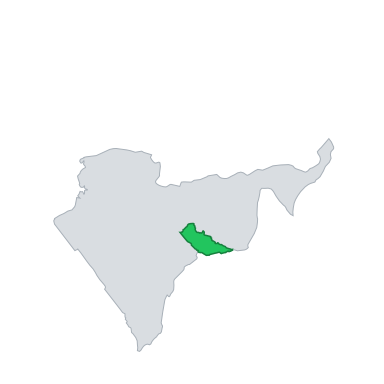 location of Mbere, Adamaoua, Cameroon, rotated 52°
{"feature_id": "32672807B16068661668461", "entity_name": "Mbere", "entity_type": "district", "adm_level": 2, "iso_a3": "CMR", "parent_name": "Cameroon", "parent_adm1": "Adamaoua", "projection": "albers", "projection_center": [14.525, 6.605], "detail": "fine", "context": "in_parent", "style": "filled", "palette": "green", "viewbox_px": 384, "rotation_deg": 52, "n_neighbors": 0, "source": "geoboundaries", "source_scale": "gbopen_adm2", "svg_char_len": 5981}
<svg xmlns="http://www.w3.org/2000/svg" viewBox="0 0 384 384"><g transform="rotate(52 192 192)"><path d="M98.2,255.9L99.0,254.0L104.4,245.0L107.8,230.6L109.4,227.3L111.0,225.0L118.8,217.4L121.7,215.0L125.8,212.2L128.8,206.6L129.9,206.1L131.2,205.6L137.8,200.9L138.4,201.8L138.8,203.0L139.3,203.5L141.5,203.9L144.4,203.9L146.1,203.5L147.0,202.6L148.0,199.9L148.5,199.5L149.2,199.3L152.4,201.2L157.7,206.5L159.0,207.4L159.6,208.4L160.7,213.2L161.4,214.4L162.5,214.9L164.6,214.6L166.7,213.7L168.6,212.5L170.5,211.0L171.8,209.6L172.3,208.5L172.6,204.6L173.1,203.8L180.0,198.2L179.8,197.7L178.7,196.1L177.7,194.3L178.7,192.6L179.8,191.2L183.8,186.5L184.1,183.1L187.3,177.8L189.2,170.8L189.2,169.4L193.4,161.7L197.8,161.0L199.5,160.0L201.5,158.0L202.7,156.3L203.3,154.6L203.8,151.3L204.6,147.6L205.0,144.3L206.4,141.3L208.6,139.7L212.4,138.5L213.0,137.9L213.5,135.9L214.1,129.2L214.7,126.2L218.3,122.9L219.8,117.7L221.2,112.2L225.2,105.6L229.9,99.0L232.1,97.3L233.9,96.4L236.0,96.4L237.5,95.9L242.5,92.6L244.6,91.5L246.2,90.4L246.5,89.4L246.7,87.9L246.2,84.5L247.1,82.1L247.6,78.2L247.8,75.2L247.6,74.1L246.7,72.4L245.2,70.5L242.7,69.4L239.2,69.1L237.4,68.4L236.7,65.0L236.5,62.8L234.2,51.3L238.5,51.4L243.8,52.7L245.1,53.8L245.8,57.7L247.7,59.9L251.1,61.7L253.1,65.5L254.0,71.2L255.8,74.6L256.2,75.2L258.8,81.7L259.0,84.6L258.8,86.7L259.8,89.1L258.2,93.4L257.7,96.0L257.6,99.7L258.6,106.2L260.1,111.1L261.8,115.2L263.6,118.3L266.7,121.8L269.9,124.9L272.9,126.9L270.1,128.1L264.7,128.3L261.6,127.6L260.1,127.6L258.7,128.0L252.9,128.6L247.1,128.3L241.7,127.5L238.5,127.7L235.9,129.6L233.9,132.5L232.0,134.8L232.6,137.3L234.1,138.7L236.9,141.8L239.3,144.8L240.6,146.8L245.6,151.2L250.4,155.2L252.7,156.5L253.5,156.8L256.2,159.1L259.8,162.8L263.1,168.6L267.8,180.2L268.8,181.2L270.4,181.8L270.6,183.0L270.5,184.8L270.0,186.3L266.3,192.4L263.0,194.7L262.0,196.2L260.8,199.7L257.8,206.6L256.6,207.6L253.6,212.2L251.2,218.2L250.6,219.1L249.6,219.8L246.2,221.3L245.0,222.0L243.3,223.8L243.0,225.0L243.8,226.7L244.8,228.0L246.6,228.1L247.6,229.3L247.6,238.5L246.8,239.8L246.8,240.4L246.4,242.0L246.3,243.8L246.5,244.5L247.2,245.0L248.2,246.3L248.7,249.1L249.9,259.0L250.4,260.5L251.4,261.6L254.4,263.7L257.6,266.5L258.6,268.4L259.2,271.3L260.4,273.7L260.4,274.5L259.9,274.8L257.9,275.0L258.6,276.7L260.2,279.7L268.4,288.8L276.2,296.9L278.1,297.5L279.4,297.7L280.0,298.2L280.8,299.3L283.4,302.3L283.9,304.0L283.3,305.6L283.9,308.2L284.4,309.1L284.2,309.9L284.5,313.0L285.2,315.7L286.4,318.0L286.2,319.6L284.7,320.5L283.9,322.0L283.6,324.1L284.1,326.7L285.2,329.7L285.3,331.5L283.4,332.7L281.3,330.6L279.0,329.2L275.5,326.8L272.0,325.9L267.4,325.8L265.5,326.1L262.1,324.1L261.1,323.9L259.6,324.7L258.5,324.7L257.3,324.4L254.7,324.4L254.4,323.0L254.0,322.8L251.2,322.9L250.4,321.7L250.0,321.9L248.9,321.5L246.7,319.8L244.3,320.9L239.4,320.8L214.8,320.7L214.2,319.2L213.0,318.4L210.8,318.3L204.3,318.6L199.3,318.3L195.9,317.7L191.7,317.3L186.6,317.6L181.3,317.5L171.9,317.1L166.6,317.1L166.8,318.0L166.4,318.7L166.1,320.4L132.7,320.1L130.0,318.9L129.2,318.2L128.9,316.9L128.3,316.7L128.9,310.9L130.1,306.1L130.6,301.6L132.2,297.6L131.4,293.6L130.4,291.9L125.4,286.2L127.8,284.1L124.7,284.4L124.1,282.3L122.6,279.8L123.5,279.4L124.4,278.0L127.2,278.5L127.1,277.8L124.7,275.7L125.0,274.6L126.0,273.4L125.5,272.9L123.8,274.1L122.5,274.1L121.6,273.3L120.9,273.1L121.3,274.8L120.3,276.2L119.4,276.7L117.9,276.6L116.6,276.2L116.3,275.4L115.1,274.8L111.8,273.7L109.0,272.4L108.4,268.9L107.4,267.5L106.9,265.8L106.7,263.9L107.1,260.9L106.4,260.5L105.6,260.3L104.4,260.4L103.2,260.3L101.9,258.6L100.8,258.0L101.4,261.0L100.6,261.8L98.6,261.5L97.8,260.4L97.6,259.5L98.6,255.9L98.2,255.9Z" fill="#d9dde1" stroke="#a8b0b8" stroke-width="1"/><path d="M216.5,226.3L218.7,226.3L224.2,226.2L228.4,226.0L230.5,225.0L231.9,224.4L232.4,224.4L233.5,225.2L237.2,224.7L238.7,224.6L239.5,224.0L240.7,224.1L241.6,223.2L242.0,223.1L242.4,223.8L242.9,223.9L243.3,223.9L243.6,223.7L243.9,223.6L244.0,223.6L244.1,223.4L244.7,222.9L244.8,222.8L245.0,222.7L245.1,222.4L245.3,222.2L245.5,221.9L245.7,221.7L246.2,221.3L246.4,221.2L246.5,221.2L247.8,220.9L248.0,220.7L248.4,220.6L250.2,219.9L250.6,219.8L250.9,219.5L251.0,219.4L251.5,218.5L252.0,217.8L252.2,217.6L252.3,217.4L252.5,217.1L252.3,216.5L252.3,216.2L252.4,215.9L252.5,215.8L253.0,214.7L253.2,214.3L253.5,213.6L253.6,213.4L253.8,213.0L254.4,211.5L255.1,210.1L255.3,209.7L255.5,209.0L255.8,208.4L256.0,208.1L256.2,207.6L256.3,207.5L256.5,207.4L256.9,207.3L257.0,207.3L257.4,207.1L257.5,207.0L258.0,207.1L258.6,206.8L258.7,206.5L258.8,206.0L258.8,205.8L259.1,205.4L259.2,205.2L259.4,204.7L259.5,204.4L259.7,204.1L259.8,203.9L259.9,203.4L260.1,203.2L260.3,202.8L260.5,202.7L260.4,202.1L260.6,201.0L260.6,200.9L260.6,200.7L260.8,200.4L260.8,200.2L261.0,200.1L261.1,199.7L261.5,199.4L261.7,199.5L261.8,199.5L261.8,199.4L262.1,198.6L262.5,197.9L262.3,197.8L262.3,197.7L262.2,196.9L262.3,196.6L262.6,196.4L262.6,196.1L262.8,196.0L262.8,195.9L262.7,195.9L262.4,195.8L262.3,195.7L262.3,195.8L261.7,196.2L261.0,196.6L260.1,197.2L259.8,197.5L257.2,199.3L255.4,199.4L253.7,200.5L251.6,201.1L251.2,201.8L249.9,202.7L248.3,202.7L247.9,203.0L248.2,203.5L247.2,205.1L246.5,205.3L246.0,204.7L245.7,204.7L244.6,205.1L243.9,205.3L243.1,205.9L242.4,206.2L241.6,205.6L240.6,205.5L240.3,205.0L239.3,205.4L238.9,204.8L238.2,205.0L237.7,205.4L236.5,206.4L235.5,207.1L234.1,208.3L233.6,208.7L232.9,208.7L232.3,208.1L231.5,207.3L230.8,207.0L229.7,207.1L229.5,207.5L230.3,209.0L230.2,209.7L230.2,209.8L229.6,210.3L229.1,210.8L229.0,211.3L228.2,211.5L227.9,211.7L226.8,213.0L225.9,213.0L224.9,213.0L223.3,212.5L222.6,211.5L222.1,211.6L221.4,211.5L220.7,210.7L219.7,210.9L219.0,210.9L218.5,210.1L217.7,210.3L217.4,210.6L215.9,212.8L215.1,214.6L215.4,216.0L216.2,217.1L216.0,218.5L216.2,219.2L216.2,219.9L216.4,220.6L216.5,221.5L216.2,222.1L216.9,222.7L217.3,223.4L217.4,223.7L217.5,223.9L217.6,224.3L217.1,224.9L217.0,225.7L216.5,226.3Z" fill="#22c55e" stroke="#15803d" stroke-width="1.5"/></g></svg>